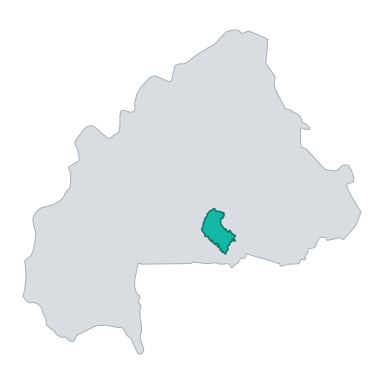 Zoundweogo, Zoundwéogo, Burkina Faso shown in context
{"feature_id": "67063806B75605811528327", "entity_name": "Zoundweogo", "entity_type": "district", "adm_level": 2, "iso_a3": "BFA", "parent_name": "Burkina Faso", "parent_adm1": "Zoundwéogo", "projection": "equal_earth", "projection_center": [-0.952, 11.556], "detail": "fine", "context": "in_parent", "style": "filled", "palette": "teal", "viewbox_px": 384, "rotation_deg": 0, "n_neighbors": 0, "source": "geoboundaries", "source_scale": "gbopen_adm2", "svg_char_len": 7858}
<svg xmlns="http://www.w3.org/2000/svg" viewBox="0 0 384 384"><path d="M297.6,263.8L286.6,264.4L282.6,266.0L280.2,266.0L280.1,264.7L279.8,263.9L265.9,259.4L256.2,256.8L246.3,253.8L245.8,256.6L244.4,258.3L242.2,258.5L240.7,258.0L239.8,260.2L238.1,263.0L235.8,264.3L233.6,266.1L232.3,267.6L231.4,267.6L229.2,264.0L226.2,263.7L220.6,264.3L218.1,263.3L214.6,262.8L206.5,263.6L193.5,262.1L191.4,262.9L190.8,263.5L178.0,263.7L163.8,263.9L152.0,264.0L141.6,264.2L141.6,263.6L138.3,263.5L137.9,264.7L134.9,279.0L134.6,286.8L136.1,291.7L137.9,294.8L139.8,296.0L140.0,297.8L138.5,300.0L138.6,302.3L140.4,304.7L140.9,307.2L139.9,309.8L140.1,316.2L141.5,326.1L141.5,332.6L140.2,335.6L140.8,340.6L143.4,347.8L143.8,350.8L142.9,352.2L140.8,354.1L138.6,354.0L136.1,349.7L135.0,347.7L133.0,343.4L131.3,338.9L129.0,337.0L126.7,335.2L124.0,329.6L121.3,327.0L118.5,327.7L114.3,326.7L106.0,325.3L97.0,325.7L93.3,327.0L89.6,329.0L80.3,333.5L76.6,335.7L73.8,341.3L70.6,341.2L67.5,339.4L65.5,336.9L61.3,337.4L57.2,335.0L53.2,330.1L50.3,328.5L46.6,325.0L45.6,318.3L43.2,313.5L41.1,307.0L37.9,304.1L34.2,302.5L29.0,302.9L25.7,300.2L23.0,296.4L23.8,293.1L25.0,288.4L25.2,283.9L26.0,276.5L25.5,267.4L24.6,261.0L27.5,258.3L30.8,255.9L32.8,251.6L35.0,241.8L35.9,233.4L35.3,230.3L34.2,227.8L33.4,224.1L32.9,219.7L33.5,215.8L36.0,212.3L39.1,209.3L41.3,207.8L47.2,206.3L54.5,204.1L58.7,201.6L61.8,199.1L63.5,197.1L65.3,193.0L68.1,189.8L70.3,186.6L70.7,177.7L70.7,172.6L69.1,169.8L68.2,167.4L79.0,160.5L79.1,155.5L77.6,150.0L75.6,145.6L74.8,141.8L77.8,137.3L80.5,134.0L82.4,131.1L86.7,126.7L91.1,125.6L95.1,127.3L106.8,137.5L108.9,138.2L111.3,137.4L114.5,134.7L118.5,132.6L120.0,125.7L119.9,115.6L120.8,111.0L123.0,110.1L129.8,112.1L131.5,112.2L133.5,111.5L134.9,109.8L134.9,106.5L134.6,103.6L136.8,94.2L140.9,87.2L149.1,78.4L151.6,76.7L154.6,75.8L169.2,81.8L171.5,80.3L175.1,65.4L179.1,63.9L183.9,63.7L186.9,62.4L188.5,61.3L195.5,55.7L207.7,48.0L214.3,44.6L215.6,43.4L220.3,37.9L226.6,31.6L230.6,30.4L236.1,29.9L239.6,31.0L240.5,32.7L241.6,33.6L248.8,31.0L259.1,35.2L268.1,39.4L267.5,42.1L267.4,46.7L266.7,54.1L265.8,63.0L269.5,68.8L273.9,75.0L275.1,77.4L274.0,83.5L274.8,87.1L277.1,93.0L281.1,100.6L285.2,108.4L288.0,109.4L290.7,110.0L292.3,111.4L294.7,112.8L297.1,113.7L299.2,115.4L300.5,117.0L302.2,121.9L306.8,125.0L310.0,128.2L308.8,129.8L304.8,129.1L301.0,127.7L300.5,130.1L300.4,138.9L301.0,146.2L301.9,147.2L305.7,148.6L314.7,158.1L322.9,167.2L325.7,169.5L330.2,170.4L335.3,170.8L337.4,170.0L342.3,165.4L344.9,164.9L347.3,165.0L348.6,165.7L351.0,169.5L353.2,175.1L353.9,179.2L353.7,181.5L352.9,182.3L348.9,183.4L347.2,184.2L346.7,185.4L347.4,188.2L348.2,190.0L352.6,198.1L359.0,209.1L361.0,211.9L359.9,215.1L356.7,223.7L354.3,227.2L343.6,239.4L338.4,237.9L327.4,240.4L325.7,237.6L323.2,237.2L320.0,237.7L318.8,238.8L318.5,239.9L317.4,241.6L315.4,246.4L313.8,247.6L311.8,248.4L309.4,248.3L308.0,248.9L308.0,251.3L307.6,253.4L306.0,254.4L305.3,256.7L305.4,259.0L304.5,260.1L302.4,259.5L301.2,258.9L300.0,261.8L298.6,263.8L297.6,263.8Z" fill="#d9dde1" stroke="#a8b0b8" stroke-width="1"/><path d="M203.1,231.8L203.3,232.1L203.6,232.3L203.6,232.5L204.0,233.0L204.1,233.3L204.3,233.6L204.6,233.7L204.7,234.0L204.8,234.2L204.8,234.5L205.0,234.6L205.1,234.9L205.2,235.1L205.0,235.4L205.1,235.6L205.1,235.8L205.0,236.0L205.3,236.0L205.3,236.3L205.6,236.3L206.2,236.0L206.3,236.0L206.6,236.1L206.8,236.2L207.1,236.2L207.2,236.4L207.3,236.5L207.6,236.7L208.1,236.6L208.3,236.5L208.4,236.8L208.3,237.0L208.2,237.8L208.5,238.1L208.8,238.2L209.1,238.5L209.3,238.9L209.3,239.0L209.2,239.1L209.2,239.3L209.3,239.5L209.6,239.6L209.8,239.8L210.0,239.6L210.4,240.2L210.6,240.7L210.8,241.0L211.1,241.1L211.1,241.3L211.3,241.5L211.5,241.3L211.6,240.9L211.8,240.6L212.0,240.5L212.2,240.4L212.4,240.3L212.6,240.2L212.7,240.3L212.6,240.6L212.5,240.9L212.5,241.0L212.7,241.7L212.9,241.9L213.4,242.0L213.5,242.1L213.4,242.6L213.3,242.9L213.3,243.1L213.7,243.2L214.1,243.5L214.3,243.9L214.7,243.8L215.6,244.6L215.8,244.4L215.9,244.2L215.9,243.9L215.8,243.5L216.1,243.0L216.4,243.0L216.6,243.1L216.8,243.1L217.1,243.3L217.8,243.6L218.0,244.1L218.0,244.5L218.2,244.9L218.0,245.3L218.0,245.5L217.7,245.5L217.6,245.3L217.4,245.3L217.5,245.4L217.5,245.6L217.4,246.0L217.4,246.4L217.6,246.5L217.9,246.8L218.3,246.8L218.6,247.0L218.6,246.8L218.8,246.7L218.9,246.4L219.1,246.3L219.1,246.6L219.3,246.7L219.3,247.1L219.3,247.4L219.4,247.6L219.6,248.2L219.8,248.3L219.9,248.6L220.0,248.7L220.1,248.9L220.1,249.1L220.2,249.3L220.4,249.4L220.4,249.5L220.5,249.7L220.5,249.8L220.7,249.6L220.9,249.7L221.1,249.6L221.1,249.8L221.0,250.0L221.1,250.3L221.3,250.4L221.5,250.5L221.4,250.8L221.7,251.2L221.9,251.4L222.2,251.4L222.2,251.7L222.3,251.7L222.2,252.0L222.3,252.2L222.4,252.3L222.5,252.3L222.7,252.1L222.8,251.6L223.0,251.6L223.0,251.8L223.4,252.3L223.5,252.6L223.9,252.7L224.1,252.8L224.4,253.0L224.6,253.2L224.8,253.3L225.1,253.3L225.0,253.5L225.3,253.9L225.4,254.0L225.5,254.1L225.8,254.0L225.8,253.9L225.7,253.6L225.7,253.3L225.8,253.1L225.8,252.9L226.0,252.5L226.0,252.4L225.9,252.3L226.0,252.2L225.9,252.1L226.0,251.6L226.3,251.5L226.3,251.4L226.5,251.4L226.8,250.8L227.0,250.7L227.4,250.5L227.5,250.4L227.7,250.1L227.8,249.6L227.9,249.4L228.1,249.1L228.2,248.9L228.1,248.7L228.0,248.0L227.8,247.6L227.3,247.2L227.3,246.6L227.5,246.2L227.8,245.9L228.0,245.6L228.4,245.4L229.0,245.5L229.2,245.4L229.5,245.0L229.8,244.2L229.8,243.9L229.7,243.5L229.7,243.2L230.1,242.6L230.4,242.3L230.6,242.1L231.2,242.1L231.6,241.6L231.9,241.4L232.0,241.0L231.9,240.3L232.0,239.7L232.5,239.5L232.8,239.7L233.1,239.9L233.1,240.0L233.3,240.3L233.4,240.5L233.7,240.7L233.7,240.8L234.2,241.1L234.5,241.1L234.8,241.1L235.1,240.8L235.2,240.5L235.2,240.3L234.7,240.4L234.4,240.3L234.4,239.7L234.3,239.3L234.1,238.8L233.8,238.4L233.7,238.1L233.9,237.7L234.3,237.2L234.7,236.8L234.8,236.8L235.0,236.8L235.3,235.8L235.2,235.5L234.9,235.7L234.7,235.6L234.2,235.1L233.8,235.0L233.8,234.7L233.7,234.5L233.4,234.4L233.1,234.3L232.9,234.2L232.7,234.1L232.4,233.6L232.0,233.5L231.7,233.2L231.3,232.9L231.2,232.3L231.0,232.0L230.8,231.6L230.3,230.9L229.5,230.3L229.3,230.3L229.1,230.7L228.8,231.2L228.6,231.8L228.4,232.2L228.2,232.1L227.8,232.1L227.7,232.1L227.6,231.8L227.2,231.2L226.3,230.5L226.1,230.3L226.1,229.9L226.1,229.6L225.7,229.5L225.6,229.2L225.5,229.3L225.4,229.1L225.2,229.2L224.9,229.3L224.9,229.0L224.7,229.1L224.7,228.9L224.8,228.9L224.7,228.8L224.4,228.7L224.0,228.3L223.1,227.1L222.8,226.7L221.8,225.5L220.6,223.8L220.8,218.7L221.1,218.5L221.7,218.6L222.2,218.2L222.6,218.2L222.9,217.9L223.1,217.6L223.8,216.0L223.9,215.6L224.0,215.4L224.0,214.8L224.1,214.7L223.9,214.6L223.6,214.4L223.5,214.1L223.8,213.9L223.9,213.3L223.9,213.2L223.8,212.9L223.5,212.8L223.2,212.5L222.9,212.6L222.8,212.8L222.3,213.0L222.2,213.0L222.2,212.9L222.0,212.7L221.9,212.8L221.6,212.7L221.3,212.3L221.1,212.1L221.0,211.9L220.7,212.0L220.5,211.8L220.4,211.9L220.2,211.8L220.0,211.7L219.9,211.6L219.7,211.4L219.4,211.4L218.6,211.4L217.9,211.5L217.0,211.2L216.3,211.1L215.9,210.8L214.9,209.8L214.7,209.6L214.7,209.4L214.4,209.1L214.5,209.0L214.4,209.0L214.1,208.9L213.7,208.8L213.5,208.7L213.3,208.8L213.1,209.0L212.9,209.4L212.7,209.4L212.7,209.6L212.4,209.7L212.3,209.9L211.9,210.0L211.7,210.3L211.3,210.5L211.1,210.8L210.6,210.8L210.1,210.7L209.7,210.9L209.3,211.5L209.1,212.1L208.8,212.6L208.2,213.4L208.0,213.5L207.3,213.8L207.1,214.0L207.1,214.6L207.2,215.0L207.3,215.5L207.3,215.9L207.2,216.0L206.9,216.4L206.0,217.2L205.9,217.5L205.7,217.7L205.1,218.1L204.8,219.8L204.6,220.3L204.5,220.7L204.1,221.3L203.8,221.9L203.7,222.5L203.5,222.9L203.2,224.2L203.3,224.8L203.2,225.2L203.0,225.9L203.0,226.8L202.6,227.3L202.5,227.6L202.4,227.7L202.3,228.0L202.3,228.3L202.2,228.6L201.9,228.9L201.9,229.2L201.7,229.4L202.0,229.8L202.1,230.2L202.1,230.6L202.4,230.9L202.5,231.3L203.0,231.8L203.1,231.8Z" fill="#14b8a6" stroke="#0f766e" stroke-width="1.5"/></svg>